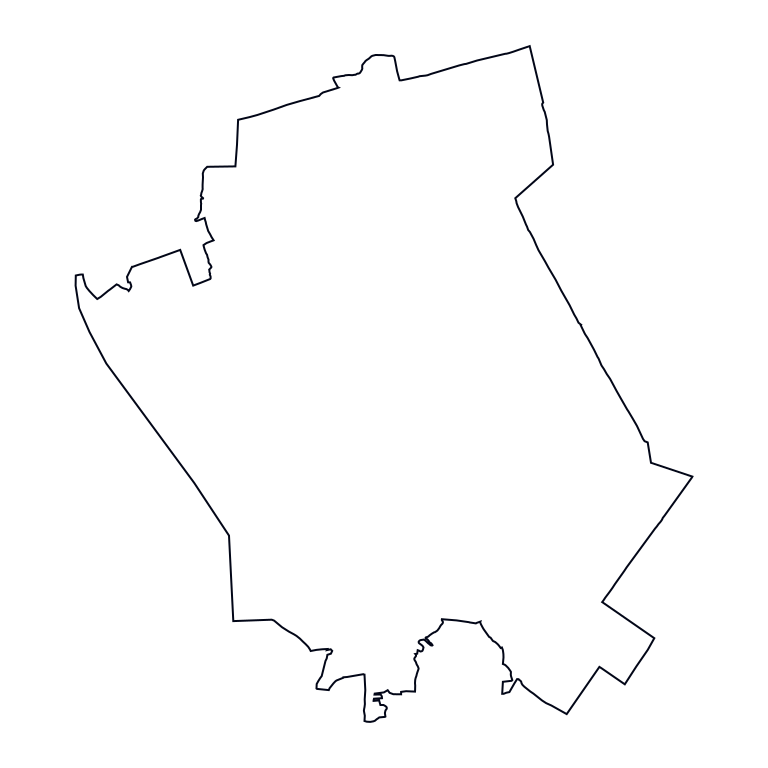 outline of Slatina, Olt, Romania
{"feature_id": "2599482B52224640698115", "entity_name": "Slatina", "entity_type": "district", "adm_level": 2, "iso_a3": "ROU", "parent_name": "Romania", "parent_adm1": "Olt", "projection": "orthographic", "projection_center": [24.391, 44.434], "detail": "fine", "context": "isolated", "style": "outline", "palette": "ink", "viewbox_px": 768, "rotation_deg": 0, "n_neighbors": 0, "source": "geoboundaries", "source_scale": "gbopen_adm2", "svg_char_len": 6034}
<svg xmlns="http://www.w3.org/2000/svg" viewBox="0 0 768 768"><path d="M566.7,714.1L599.4,666.9L601.6,668.3L624.8,684.3L636.3,666.5L647.8,649.8L654.3,638.2L602.2,602.1L603.2,600.8L605.3,597.6L609.6,591.9L612.4,588.0L615.0,584.0L624.3,570.9L626.6,567.4L655.1,528.5L656.8,526.5L658.5,524.1L660.3,522.1L661.5,520.5L662.1,519.5L662.8,517.9L664.6,515.6L692.0,477.4L692.4,476.6L651.0,462.8L647.7,442.4L644.6,441.2L643.0,438.9L637.0,426.0L632.9,418.9L628.5,411.5L627.1,409.4L620.8,398.4L616.5,390.8L610.1,378.9L608.4,376.4L606.8,374.1L604.0,369.2L601.5,365.5L598.5,358.4L597.6,357.1L594.0,349.7L587.6,338.0L585.2,334.4L584.4,332.9L580.7,325.2L581.1,324.8L578.5,322.7L576.5,318.5L574.2,314.6L569.6,305.2L561.3,290.7L555.6,279.7L548.5,267.7L545.1,261.5L538.5,250.2L536.1,244.9L533.6,238.9L529.9,232.0L528.2,230.0L527.0,226.6L526.0,224.6L522.8,216.6L518.1,207.1L516.6,203.2L516.3,201.3L515.3,198.2L553.1,164.7L549.1,136.8L548.5,133.8L547.7,131.0L547.0,124.4L546.8,120.1L544.7,111.8L543.8,110.1L542.4,105.9L542.2,104.9L542.2,104.0L542.5,103.4L543.2,102.6L529.7,46.1L522.9,48.4L519.3,49.6L513.3,51.7L508.9,53.1L506.5,53.7L505.2,53.8L477.1,60.5L466.1,63.9L464.4,64.1L459.3,65.4L431.1,73.9L427.6,75.2L425.5,75.6L419.6,76.2L418.3,76.7L410.4,78.5L401.5,80.3L399.6,80.3L399.4,79.7L397.1,71.2L395.2,61.1L394.4,57.4L394.2,56.9L393.8,56.4L392.8,55.9L391.4,55.7L389.7,55.9L388.6,55.9L383.3,55.1L381.9,55.1L375.6,55.0L372.4,55.8L371.4,56.3L368.8,58.7L366.6,60.1L365.4,61.1L364.5,62.4L363.5,63.5L362.3,65.1L362.2,66.1L362.2,67.8L362.3,68.7L361.9,69.8L360.5,72.1L359.7,73.1L358.6,73.6L357.6,73.6L356.9,73.9L356.2,74.4L355.2,74.8L354.4,74.8L352.2,75.2L348.9,75.0L345.2,75.3L344.2,75.8L341.3,76.1L333.6,77.5L333.3,77.8L333.2,78.4L334.1,80.6L337.6,86.9L337.9,87.3L338.5,87.6L337.2,88.1L323.0,92.5L320.7,94.1L319.2,95.9L299.9,101.1L286.8,104.9L273.7,109.6L257.3,115.0L249.6,117.1L238.1,119.8L237.0,144.8L235.4,166.4L207.2,166.8L204.8,169.2L204.0,170.2L203.7,170.7L202.8,173.5L203.0,177.4L202.6,184.7L202.6,188.2L202.7,189.0L202.2,190.9L201.4,193.0L201.1,195.0L200.8,195.5L200.9,195.9L201.3,196.6L201.8,197.1L202.5,197.6L203.1,198.2L203.0,198.6L202.7,198.7L201.9,198.7L201.2,198.9L200.9,199.4L200.9,201.3L201.0,203.1L201.2,203.5L201.0,205.0L201.0,209.8L200.1,212.2L199.0,214.1L198.3,216.0L198.3,217.0L197.0,218.5L195.5,219.2L195.1,219.6L195.1,219.9L195.3,220.6L195.5,220.9L196.3,221.1L198.3,220.5L201.4,219.2L204.6,218.0L205.2,220.5L205.7,221.9L206.2,224.4L208.2,231.0L210.2,234.4L211.5,237.0L213.6,240.3L206.9,242.9L206.0,243.4L203.5,245.1L203.6,245.8L204.6,249.5L206.1,253.4L207.0,254.7L207.6,257.3L208.5,259.6L208.5,261.7L208.7,262.8L209.3,263.5L210.1,264.4L210.6,265.2L211.0,265.9L211.4,266.8L211.4,267.1L211.2,267.5L209.2,269.6L209.4,270.7L209.5,272.1L210.1,273.6L209.8,274.8L210.3,275.7L210.6,276.7L210.6,278.4L210.2,279.0L200.4,282.9L193.2,285.6L180.2,249.9L159.7,257.3L159.0,257.6L139.9,264.2L132.8,266.8L132.0,266.8L127.0,276.9L128.1,282.3L130.1,282.4L131.1,285.2L131.3,286.6L130.0,289.2L128.7,291.0L127.8,289.9L126.4,289.1L124.7,288.7L122.5,288.0L120.2,286.7L118.7,285.3L116.6,284.4L109.6,289.8L108.3,290.7L100.7,296.9L97.2,299.0L93.2,295.1L89.3,290.9L86.8,287.8L85.7,286.0L83.4,278.1L82.8,274.5L81.4,274.5L79.6,274.7L75.8,275.5L75.6,285.7L79.1,308.2L89.5,332.0L106.3,363.5L194.2,482.9L229.0,535.6L233.3,621.1L271.7,619.7L274.1,620.6L282.0,627.2L288.9,631.6L293.9,634.3L296.5,635.9L300.0,638.7L302.8,641.5L305.6,644.1L308.2,646.8L309.9,649.4L310.7,651.0L316.4,649.9L322.0,649.3L327.4,649.0L326.9,650.1L330.7,649.3L332.2,650.9L330.9,653.7L327.4,654.8L326.7,658.5L325.5,660.9L321.7,676.1L320.2,678.1L318.3,681.1L316.7,684.0L316.5,688.5L317.0,688.9L328.8,690.1L329.6,688.2L333.5,683.3L335.4,681.3L336.5,680.5L343.2,677.8L343.3,677.3L347.1,677.0L363.3,674.2L363.7,674.5L364.5,674.6L365.3,690.2L364.7,699.4L364.9,704.1L364.5,707.2L364.2,708.6L363.9,710.8L364.8,715.7L364.5,721.0L366.8,721.7L370.3,721.9L373.5,721.3L375.0,720.7L376.6,719.3L377.7,718.6L379.3,717.4L384.9,716.9L385.4,716.6L384.9,713.0L385.5,710.4L386.7,708.8L386.8,707.9L386.4,706.9L385.3,706.0L383.5,705.0L380.4,705.0L379.1,700.4L373.6,700.9L373.6,700.3L374.0,698.7L382.0,698.2L381.8,696.3L380.7,694.5L374.5,694.6L374.7,693.6L383.9,692.4L387.7,690.2L389.6,692.8L393.3,694.2L401.1,694.3L401.1,691.9L406.1,691.2L415.0,691.6L415.1,689.8L415.2,685.5L415.0,683.1L415.2,680.0L415.6,678.1L416.4,675.9L416.8,674.1L417.5,671.9L418.4,669.4L418.6,668.7L418.4,667.8L417.7,666.1L416.7,664.5L415.9,662.2L415.5,661.4L414.9,660.6L414.4,659.6L414.3,658.8L414.4,658.3L415.1,657.3L416.0,656.0L416.0,655.3L415.8,654.6L415.3,654.0L417.2,653.7L417.7,650.2L418.9,650.6L420.2,651.4L420.6,651.5L421.8,651.2L422.4,650.8L422.7,650.2L423.0,649.5L423.5,647.4L422.5,645.8L421.0,644.6L419.2,643.3L418.8,642.8L418.7,642.2L418.7,641.7L419.1,641.1L419.7,640.5L420.6,640.1L423.7,639.6L425.4,640.6L428.3,643.4L429.5,644.2L430.4,645.1L431.1,645.4L431.7,645.5L432.2,645.5L432.5,645.3L432.3,644.8L431.3,643.5L430.6,642.9L429.4,642.3L429.1,641.6L428.7,640.9L427.4,639.4L426.7,638.9L426.0,638.6L425.6,638.2L425.6,637.8L425.9,637.4L427.8,636.8L428.6,636.3L429.5,635.4L432.0,633.6L434.2,632.3L434.9,632.2L435.7,631.7L436.6,631.1L437.4,630.5L439.1,628.3L440.4,626.0L441.0,625.1L442.3,623.8L442.7,623.2L442.9,622.5L442.9,622.1L442.8,621.6L442.0,620.4L441.8,619.9L441.9,619.2L456.6,620.4L469.1,622.2L469.5,622.4L475.9,623.4L476.4,623.0L480.4,621.6L480.2,622.2L480.3,622.6L480.9,624.2L482.7,627.6L483.7,629.3L488.9,636.6L489.1,636.9L490.6,637.7L492.8,640.8L493.3,641.2L493.8,641.3L494.2,641.6L495.3,642.1L497.8,644.3L499.0,645.7L500.7,648.0L501.9,647.5L502.8,649.9L503.0,651.0L503.4,654.0L503.5,657.4L502.9,664.0L504.7,664.7L505.7,665.4L508.2,667.9L510.2,670.7L510.9,671.8L510.9,672.3L510.8,674.7L510.9,675.4L511.1,676.4L512.3,680.1L511.6,680.8L502.9,681.8L502.2,693.8L503.7,693.8L506.4,692.7L509.4,692.1L514.4,683.4L517.1,679.1L518.6,679.2L518.8,679.6L520.6,680.9L521.2,681.8L521.6,683.4L522.5,684.9L524.3,686.7L530.3,691.5L533.4,693.6L542.1,700.5L546.1,703.1L551.4,705.5L566.7,714.1Z" fill="none" stroke="#020617" stroke-width="2"/></svg>